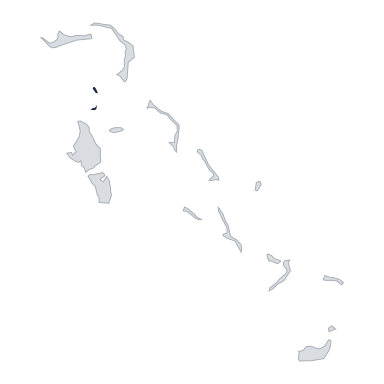 The Bahamas, with Berry Islands highlighted
{"feature_id": "BHS-5018", "entity_name": "Berry Islands", "entity_type": "District", "adm_level": 1, "iso_a3": "BHS", "parent_name": "The Bahamas", "parent_adm1": "", "projection": "robinson", "projection_center": [-77.863, 25.599], "detail": "fine", "context": "in_parent", "style": "filled", "palette": "slate", "viewbox_px": 384, "rotation_deg": 0, "n_neighbors": 0, "source": "natural_earth", "source_scale": "10m", "svg_char_len": 3573}
<svg xmlns="http://www.w3.org/2000/svg" viewBox="0 0 384 384"><path d="M100.4,148.7L100.3,155.5L100.8,160.6L100.4,162.5L95.1,165.9L93.8,167.8L88.8,169.7L85.8,172.4L84.3,168.0L81.4,165.3L81.0,160.8L78.7,162.3L75.5,161.4L70.3,157.9L66.9,153.2L71.6,152.4L72.6,155.3L76.3,151.7L75.4,149.9L74.8,149.6L73.5,146.1L79.1,136.9L80.3,131.0L77.8,121.5L80.1,120.9L86.4,124.2L89.2,127.5L89.3,132.0L91.9,135.5L95.8,143.8L100.4,148.7ZM104.6,174.5L104.7,175.8L99.9,179.3L103.4,181.9L106.6,176.4L109.3,180.8L110.7,189.2L110.5,190.7L110.7,192.0L111.2,193.6L111.3,195.9L108.7,203.2L99.1,202.5L98.9,196.3L97.4,195.1L95.2,186.3L92.2,183.4L88.0,176.2L90.4,174.3L93.6,174.9L95.3,174.1L99.8,173.4L102.5,172.4L104.6,174.5ZM330.3,346.6L328.8,350.7L323.7,358.6L312.2,360.6L299.5,361.0L298.5,358.8L298.2,356.9L299.1,354.0L299.1,352.8L298.5,351.6L303.2,350.3L306.1,346.7L310.9,346.1L317.0,348.6L320.2,348.7L324.9,345.9L328.7,339.8L331.0,340.6L330.3,346.6ZM125.4,81.4L124.4,81.8L120.2,76.2L116.8,74.6L122.1,70.6L124.4,67.2L124.3,59.7L125.6,55.6L125.2,52.1L126.3,48.4L124.7,44.4L120.3,41.2L111.6,28.3L97.9,25.2L90.8,25.1L94.7,23.0L98.3,23.3L103.8,24.5L110.5,25.1L114.6,28.9L118.5,33.9L122.0,35.9L123.4,37.2L123.2,38.6L123.8,40.0L128.4,42.3L133.0,46.1L134.4,57.2L128.2,62.4L127.1,78.5L125.4,81.4ZM64.3,34.9L70.1,36.7L73.3,36.4L75.1,35.3L83.8,35.8L90.7,34.1L91.8,37.1L91.6,38.6L76.8,40.1L63.2,44.5L55.7,47.4L52.2,47.8L49.5,46.2L40.6,37.1L43.0,38.1L49.6,43.2L53.7,42.2L57.5,38.9L58.1,36.3L57.6,35.1L59.3,31.0L64.3,34.9ZM153.3,104.8L161.3,111.2L168.1,113.6L175.5,121.5L178.6,124.3L179.2,126.9L178.0,138.7L176.4,145.8L176.6,152.0L174.9,150.2L173.2,146.1L170.3,143.7L169.3,142.5L174.5,142.3L174.9,135.8L177.4,130.8L177.0,125.5L171.0,119.8L166.9,114.7L160.5,113.0L154.7,108.0L151.2,107.3L147.0,108.2L148.5,105.2L149.5,101.2L150.3,100.5L153.3,104.8ZM241.5,250.8L241.2,252.2L235.0,241.0L227.3,238.3L222.8,235.5L223.7,234.0L226.8,233.3L227.3,229.8L226.0,225.9L221.9,218.1L219.6,212.9L218.5,211.6L218.2,207.2L223.0,214.1L225.1,220.2L228.3,226.1L230.5,236.4L236.7,239.9L241.2,244.9L241.5,250.8ZM272.5,289.1L269.1,290.8L269.8,287.9L276.3,282.9L279.9,278.6L282.0,277.0L282.7,275.9L285.6,274.2L287.0,271.4L286.6,269.2L283.5,265.4L283.6,262.7L284.6,260.9L289.7,260.0L288.3,262.8L290.4,270.8L283.7,280.8L278.0,283.9L272.5,289.1ZM218.4,177.3L218.8,180.2L215.5,179.6L210.7,180.7L209.0,180.7L210.1,178.8L213.4,176.1L213.6,173.6L209.4,170.0L204.6,160.9L202.4,158.7L201.3,155.3L197.2,151.7L198.1,149.7L198.9,149.3L201.6,150.2L207.8,163.2L208.2,164.5L218.4,177.3ZM329.1,277.0L332.1,277.8L333.8,277.7L339.3,279.4L342.7,281.8L343.4,282.7L341.7,284.8L336.5,280.9L332.0,280.4L325.8,280.4L323.2,279.7L324.9,275.5L329.1,277.0ZM279.6,260.4L280.7,261.4L277.6,263.7L270.6,260.9L269.0,261.1L267.6,258.1L267.1,255.9L267.4,253.9L271.6,255.5L273.8,258.4L279.6,260.4ZM119.6,131.5L114.1,132.6L110.2,131.5L109.2,130.6L110.9,129.0L114.6,127.7L120.5,127.6L123.1,129.1L123.4,129.8L119.6,131.5ZM201.3,219.5L199.3,219.8L195.7,218.4L187.2,211.5L183.2,210.9L184.5,207.1L187.5,208.4L194.4,214.3L197.0,217.3L201.3,219.5ZM261.1,184.7L257.3,190.8L255.2,190.3L256.3,182.6L259.0,181.4L260.0,181.5L261.1,184.7ZM335.6,328.9L329.1,331.7L328.4,328.4L331.7,325.8L335.6,328.9Z" fill="#d9dde1" stroke="#a8b0b8" stroke-width="1"/><path d="M96.8,92.4L96.2,92.4L95.6,91.6L94.8,90.1L93.8,89.0L93.5,88.3L93.8,87.8L94.4,87.9L94.9,88.5L96.7,91.9L96.8,92.4ZM94.6,109.3L93.8,109.3L93.4,109.2L92.5,109.2L92.9,108.9L93.2,108.7L93.5,108.7L94.1,108.7L94.8,108.7L95.4,108.3L95.8,107.8L95.7,108.4L95.2,109.0L94.6,109.3Z" fill="#64748b" stroke="#1e293b" stroke-width="1.5"/></svg>